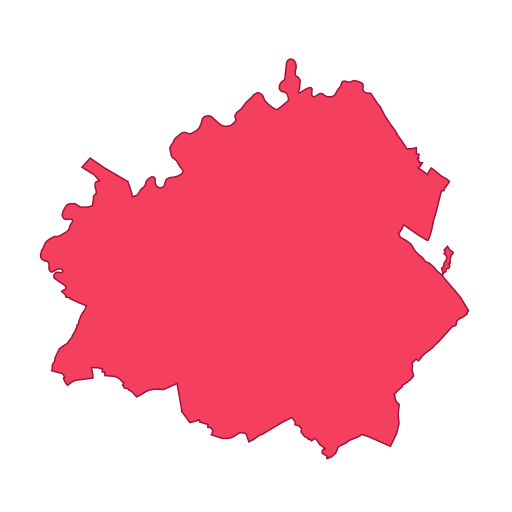 Comarna, Iasi, Romania, rotated 273°
{"feature_id": "2599482B53302067046585", "entity_name": "Comarna", "entity_type": "district", "adm_level": 2, "iso_a3": "ROU", "parent_name": "Romania", "parent_adm1": "Iasi", "projection": "mercator", "projection_center": [27.796, 47.075], "detail": "fine", "context": "isolated", "style": "filled", "palette": "rose", "viewbox_px": 512, "rotation_deg": 273, "n_neighbors": 0, "source": "geoboundaries", "source_scale": "gbopen_adm2", "svg_char_len": 5985}
<svg xmlns="http://www.w3.org/2000/svg" viewBox="0 0 512 512"><g transform="rotate(273 256 256)"><path d="M425.1,355.9L427.3,354.0L432.1,354.1L433.6,353.4L434.7,351.7L435.7,348.9L436.3,344.3L434.9,341.4L434.5,339.9L434.6,338.1L435.4,335.6L435.3,334.6L434.7,333.3L434.1,332.7L430.2,331.7L426.3,329.0L421.3,326.4L420.2,325.6L419.1,323.3L418.8,319.4L419.2,317.3L421.7,313.6L421.8,312.5L421.5,311.0L418.3,306.5L418.1,304.6L419.1,303.5L420.2,303.2L425.8,303.2L426.8,302.4L427.1,301.6L426.7,299.7L424.9,296.3L420.9,290.6L422.3,289.6L424.1,290.4L426.2,290.7L433.9,290.9L436.7,288.8L437.9,286.4L439.3,285.6L442.9,285.5L446.1,286.3L449.3,285.9L451.3,285.2L453.3,283.8L454.4,281.6L454.5,279.9L453.8,278.4L452.8,277.4L450.4,276.4L434.1,275.5L433.4,275.2L431.9,273.2L429.6,271.3L426.8,270.4L424.1,270.6L422.2,272.1L421.6,273.3L421.0,276.7L419.3,278.6L416.3,279.9L412.9,280.3L405.5,272.2L403.5,269.5L403.3,268.1L405.4,264.2L408.2,260.3L411.4,256.8L416.7,254.2L418.4,252.1L419.0,250.6L419.1,248.7L416.8,245.1L414.7,243.8L409.1,238.2L402.1,233.6L398.4,229.4L395.2,227.6L393.7,227.7L391.5,228.8L390.0,228.5L388.5,227.6L385.3,224.5L384.7,223.3L383.8,219.0L384.3,215.8L385.9,212.7L392.7,204.3L393.5,202.3L393.3,199.7L392.9,198.2L392.0,196.7L390.4,195.3L385.4,194.3L381.1,192.7L378.1,190.0L375.4,185.8L374.6,183.5L374.6,182.3L375.7,179.1L375.5,176.7L374.9,175.4L369.9,169.8L367.1,167.9L364.3,167.0L361.0,164.8L359.0,164.3L352.3,166.0L349.8,167.5L347.2,171.5L340.9,175.6L338.9,177.6L337.0,178.6L335.8,178.5L333.8,177.2L331.4,173.0L330.6,170.4L329.7,165.5L328.2,162.9L326.4,161.8L321.8,160.8L320.4,159.9L319.6,158.8L319.2,157.7L319.2,155.7L319.5,154.8L320.7,153.0L323.3,151.6L328.1,151.2L329.6,149.7L329.6,147.6L327.9,145.1L325.8,143.1L324.8,142.5L320.0,141.3L316.7,137.7L311.0,134.6L309.7,132.5L309.1,130.3L309.3,129.0L312.0,128.7L323.6,124.2L336.2,99.8L345.1,85.3L335.6,77.5L328.5,90.3L323.1,95.5L322.4,95.5L322.4,93.9L321.6,92.3L319.9,91.5L316.7,91.7L311.4,93.4L309.6,92.7L308.1,91.2L306.6,90.5L303.1,90.7L300.8,90.2L297.7,90.2L296.2,85.8L295.6,80.1L295.8,77.7L298.4,73.3L298.8,71.8L298.5,67.6L297.8,65.6L297.2,64.6L295.4,63.3L291.4,61.3L286.9,60.2L284.9,60.9L283.4,62.2L282.9,63.0L282.6,64.8L283.2,69.5L282.5,70.9L280.6,70.9L276.8,68.7L272.8,67.8L270.6,66.0L266.0,59.1L265.1,57.0L265.0,53.7L262.0,48.8L260.1,46.6L258.0,44.9L253.4,43.2L250.0,41.5L245.9,40.8L243.3,41.1L241.6,42.3L240.2,44.9L239.8,46.4L239.9,48.2L237.1,49.7L231.8,50.0L229.7,51.6L229.3,52.9L229.6,54.0L232.0,57.6L232.9,59.8L232.7,62.3L231.5,63.7L230.3,63.8L229.3,62.9L229.4,58.2L228.8,56.7L226.0,55.0L224.5,55.1L223.1,56.0L216.6,66.6L215.4,67.7L214.0,68.0L213.0,67.5L211.1,64.3L210.2,63.8L208.0,67.1L204.8,68.6L205.0,70.1L204.6,71.3L204.7,71.9L203.7,72.6L203.3,73.5L199.7,82.6L197.5,89.1L193.9,88.1L188.9,85.0L182.0,82.6L178.6,82.1L177.7,80.9L175.1,80.6L173.3,79.7L171.5,79.4L170.1,78.4L168.8,78.1L167.8,77.1L164.8,76.2L161.8,73.8L158.9,72.3L156.0,68.0L153.2,64.6L144.3,60.8L139.5,60.2L138.2,59.0L135.4,58.1L133.4,58.6L130.7,58.0L128.5,68.8L125.2,71.4L124.0,70.1L121.7,71.1L118.8,72.9L117.0,74.6L121.0,79.4L122.5,82.7L125.6,99.6L128.7,99.3L136.0,97.5L136.1,106.0L135.5,105.9L135.3,108.5L132.1,108.5L132.1,111.2L128.7,111.3L128.4,120.3L127.9,123.1L126.3,126.0L122.1,130.6L119.9,129.5L119.4,130.4L117.6,131.1L117.0,132.3L117.0,134.3L116.5,135.5L115.7,135.8L114.0,139.2L109.0,144.2L113.0,150.7L114.8,153.0L116.5,156.6L117.0,158.9L117.6,160.3L117.9,166.7L117.8,170.7L124.6,183.8L97.4,190.1L97.2,189.7L86.2,198.7L88.8,207.0L89.4,207.1L89.4,208.2L87.2,208.6L85.2,217.0L82.6,216.6L82.2,217.3L82.4,219.1L82.2,219.5L79.6,222.0L76.6,221.4L75.1,220.7L72.1,232.0L72.3,236.7L73.1,240.3L74.8,243.8L77.9,247.7L78.6,249.3L78.8,251.6L78.1,255.3L70.0,258.6L72.7,263.3L77.2,268.9L78.3,271.6L91.0,290.5L96.4,299.8L96.0,300.9L92.2,304.0L90.0,303.6L89.5,303.9L88.5,308.0L85.8,310.6L82.7,310.1L78.2,314.0L77.3,316.4L75.6,317.9L76.3,318.7L74.3,321.1L77.0,324.5L76.8,325.0L74.0,327.5L71.2,329.3L67.2,335.2L66.5,334.8L66.7,333.5L66.0,332.9L64.3,332.2L62.8,332.3L62.1,333.1L59.5,338.2L58.3,337.1L57.6,337.4L57.5,338.1L58.1,338.8L58.6,340.6L59.7,342.3L63.3,345.9L69.1,347.9L70.6,349.5L73.9,355.7L76.7,358.8L80.8,367.7L83.3,371.0L81.5,377.8L73.0,400.2L86.0,405.7L95.9,407.6L105.4,406.3L115.2,406.8L117.9,403.7L121.8,402.1L123.5,402.1L125.1,401.2L126.1,402.4L128.2,403.8L132.8,408.7L135.2,409.5L135.6,410.6L137.5,413.2L140.6,416.6L143.8,419.3L145.0,419.6L150.4,417.7L154.7,418.1L156.4,417.4L158.9,418.7L161.5,421.5L159.7,423.5L160.7,424.6L165.0,427.4L167.0,429.3L173.8,437.3L176.3,439.1L179.9,442.8L195.8,455.7L196.6,458.3L197.6,459.4L201.4,459.8L202.2,460.4L204.5,463.1L205.4,465.2L208.3,469.0L209.3,470.0L210.2,469.4L212.4,471.2L225.6,462.3L243.1,445.7L246.4,442.9L248.1,444.0L248.9,443.7L250.2,446.3L253.1,446.7L253.5,447.6L253.5,448.9L254.8,449.6L256.7,450.1L258.0,448.6L258.9,450.2L260.1,450.5L262.6,449.9L266.2,450.8L266.8,450.6L268.5,452.3L269.6,452.9L270.0,452.7L272.1,449.2L275.7,446.7L271.7,443.5L269.8,444.8L269.2,444.8L268.3,443.6L266.4,446.0L263.7,446.6L261.5,446.0L259.2,444.4L255.1,443.7L253.5,442.0L248.6,443.5L246.7,442.5L251.1,436.8L253.9,434.6L256.1,431.9L258.0,429.3L259.2,425.5L262.1,423.3L264.6,420.3L266.2,417.7L267.1,417.3L267.5,416.4L269.6,414.4L275.9,410.2L279.5,404.9L282.1,399.2L286.4,397.2L287.3,398.3L290.9,400.4L294.5,401.5L293.9,403.4L285.7,416.5L280.8,425.7L280.5,426.7L280.7,427.0L284.8,428.5L291.2,430.0L302.5,431.8L306.5,433.0L330.9,437.8L330.9,440.1L334.0,441.2L338.7,444.4L340.7,445.2L342.9,442.3L344.6,438.7L346.6,435.4L350.0,431.0L353.1,426.4L349.2,424.1L346.4,423.2L351.8,414.5L352.0,413.6L353.0,413.6L354.2,415.4L355.7,415.6L355.9,416.4L357.8,417.3L357.5,415.1L358.1,415.1L358.8,413.7L359.8,413.5L360.7,412.3L361.3,412.2L362.0,413.5L363.2,412.6L364.5,413.5L366.1,413.5L366.4,410.8L372.5,410.4L371.6,407.2L370.9,401.2L371.5,400.6L374.7,398.5L384.1,391.1L388.5,388.5L394.5,383.4L402.9,377.3L411.6,372.2L414.1,369.7L424.5,362.1L424.4,360.6L424.7,357.5L425.1,355.9Z" fill="#f43f5e" stroke="#9f1239" stroke-width="1.5"/></g></svg>